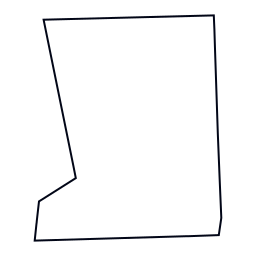 the district of Al-Ganoub 2, Al Isma`iliyah, Egypt
{"feature_id": "37247803B49247378717422", "entity_name": "Al-Ganoub 2", "entity_type": "district", "adm_level": 2, "iso_a3": "EGY", "parent_name": "Egypt", "parent_adm1": "Al Isma`iliyah", "projection": "orthographic", "projection_center": [32.241, 30.969], "detail": "fine", "context": "isolated", "style": "outline", "palette": "ink", "viewbox_px": 256, "rotation_deg": 0, "n_neighbors": 0, "source": "geoboundaries", "source_scale": "gbopen_adm2", "svg_char_len": 351}
<svg xmlns="http://www.w3.org/2000/svg" viewBox="0 0 256 256"><path d="M43.6,19.7L73.5,166.5L75.3,175.6L75.8,178.1L39.0,201.4L36.8,220.8L36.6,223.0L36.5,223.5L34.7,240.6L35.1,240.6L186.4,236.2L188.5,236.2L218.8,235.1L221.3,217.9L219.6,177.9L217.8,133.2L214.9,45.8L214.4,29.5L213.8,15.4L43.6,19.7Z" fill="none" stroke="#020617" stroke-width="2"/></svg>